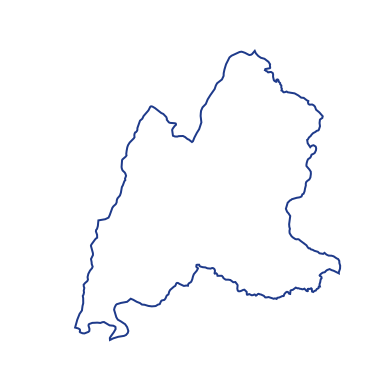 Bac Yen, Son La, Vietnam (Mercator projection), rotated 77°
{"feature_id": "81297802B44532488811780", "entity_name": "Bac Yen", "entity_type": "district", "adm_level": 2, "iso_a3": "VNM", "parent_name": "Vietnam", "parent_adm1": "Son La", "projection": "mercator", "projection_center": [104.438, 21.222], "detail": "fine", "context": "isolated", "style": "outline", "palette": "blue", "viewbox_px": 384, "rotation_deg": 77, "n_neighbors": 0, "source": "geoboundaries", "source_scale": "gbopen_adm2", "svg_char_len": 5952}
<svg xmlns="http://www.w3.org/2000/svg" viewBox="0 0 384 384"><g transform="rotate(77 192 192)"><path d="M304.3,67.2L303.2,67.0L300.0,65.0L297.1,64.2L294.4,64.4L292.3,64.0L290.2,64.7L289.3,65.9L286.5,68.5L285.4,70.5L284.7,73.2L283.2,75.1L281.1,76.6L281.8,78.1L280.4,81.6L278.6,82.8L276.8,86.0L275.5,87.4L274.6,89.1L273.3,89.9L273.2,90.8L272.3,91.5L269.6,92.5L263.7,97.5L262.5,98.3L261.8,99.3L261.6,100.9L261.1,101.9L258.9,104.0L257.4,105.0L254.2,106.1L252.9,106.0L251.3,105.6L250.0,104.9L247.8,105.0L245.2,104.6L237.5,101.7L234.7,102.7L232.6,103.8L229.5,104.3L224.0,101.2L222.2,98.3L222.1,97.5L221.5,96.3L221.2,91.3L221.4,88.3L221.0,86.3L219.1,85.0L218.8,83.7L216.7,82.2L214.1,81.1L211.2,79.6L209.6,79.3L208.1,78.6L207.1,77.1L206.2,74.9L204.5,73.4L201.1,72.1L198.9,71.7L196.4,72.6L192.6,74.6L191.5,74.5L189.5,73.7L187.5,72.6L186.2,71.6L185.1,69.0L184.2,68.2L182.5,67.1L182.1,65.0L181.5,63.6L179.2,61.8L177.4,61.2L176.0,61.2L175.4,61.4L173.8,63.0L173.8,64.4L174.2,65.7L174.9,66.7L170.6,68.3L167.2,68.1L166.9,67.3L165.2,65.8L164.1,63.7L163.2,62.8L161.9,60.8L161.2,58.1L160.5,56.9L160.4,55.1L159.9,54.4L156.7,52.5L153.5,52.2L150.4,51.1L150.0,50.6L149.2,48.4L147.6,47.6L143.1,50.0L139.7,52.6L136.4,53.0L134.8,54.0L133.8,55.2L133.3,57.9L132.5,58.7L131.1,58.9L129.5,58.2L128.6,59.4L125.4,62.0L124.6,64.4L121.9,66.6L119.0,69.8L116.3,76.4L115.4,77.2L115.6,79.1L115.5,80.2L114.8,80.8L113.9,81.1L113.2,82.0L111.8,81.2L110.4,81.5L108.3,81.0L106.9,81.8L105.7,81.6L104.4,82.5L102.3,82.7L101.6,83.2L101.6,84.4L101.9,84.6L103.3,84.7L103.6,84.9L103.5,85.4L102.4,86.6L101.4,87.1L98.0,87.1L95.6,86.5L94.2,86.6L92.9,87.9L92.6,89.1L92.7,90.3L92.4,91.1L91.6,91.3L91.0,92.4L90.0,93.0L89.7,93.5L88.7,92.9L88.9,88.3L88.6,87.9L85.5,87.5L85.1,87.2L82.4,88.2L78.5,91.4L76.7,94.7L74.3,96.9L71.2,98.6L68.6,99.1L71.1,102.4L71.5,103.4L71.5,105.1L71.1,105.8L68.3,109.1L67.0,111.1L66.4,112.3L66.3,114.2L68.1,122.8L69.3,125.2L75.2,130.1L80.1,132.9L83.4,134.4L86.0,135.1L89.1,137.5L91.7,143.1L93.6,144.8L96.8,146.8L101.8,152.4L105.3,155.9L109.3,158.7L111.9,162.7L114.9,164.9L117.2,165.7L119.9,166.5L126.3,167.2L132.4,170.9L135.5,174.0L139.5,177.4L142.8,179.7L143.3,180.8L140.0,183.5L139.5,184.4L136.9,186.4L135.4,188.2L134.6,192.3L134.7,193.9L134.1,196.1L132.9,197.9L127.1,197.4L125.9,196.5L123.9,194.2L123.1,192.7L122.6,192.4L121.7,192.4L121.2,193.1L119.7,197.8L118.9,198.9L115.9,200.3L114.9,200.0L113.2,200.2L109.5,202.4L108.1,204.2L101.9,209.2L99.9,211.3L99.3,212.6L99.6,213.5L102.7,216.1L107.1,222.1L109.4,223.9L110.8,226.6L117.4,230.8L119.3,231.3L120.2,232.0L121.1,233.2L121.2,234.0L122.2,234.8L123.6,235.4L125.7,235.7L126.6,236.6L129.8,241.6L132.0,243.8L133.9,245.0L137.1,246.4L140.1,247.5L141.7,247.6L142.7,248.8L144.6,252.4L145.3,253.0L151.8,255.0L153.4,255.1L155.4,254.8L157.8,253.2L159.0,252.8L161.4,252.6L164.0,254.3L165.4,254.3L166.3,255.5L170.0,257.9L171.4,259.2L176.8,261.5L179.2,263.0L181.5,266.1L183.1,267.1L185.2,267.8L186.7,269.0L188.2,271.7L189.4,273.1L196.2,277.5L198.2,279.1L199.0,282.7L198.6,289.6L204.0,291.4L206.5,292.8L207.5,294.0L208.8,294.5L212.4,294.1L215.2,294.7L215.8,296.2L216.6,297.3L220.6,301.9L221.7,302.6L229.3,302.3L231.2,302.7L234.6,305.5L237.8,305.6L239.6,305.9L242.4,305.6L243.8,306.6L245.6,309.0L248.4,311.4L251.4,312.9L254.0,313.1L255.3,314.1L256.6,316.6L257.9,318.4L259.7,318.7L261.2,318.5L263.9,319.7L265.5,319.8L267.6,320.8L268.7,321.8L270.9,321.9L275.9,323.0L278.4,324.3L282.7,325.9L285.4,328.9L290.6,332.5L297.8,336.4L299.3,333.6L300.3,332.5L300.9,332.2L301.8,332.3L303.0,332.8L303.5,332.6L305.0,330.5L305.6,328.6L305.0,324.4L304.3,323.3L302.3,322.7L298.9,322.9L297.8,322.4L297.5,321.8L297.1,318.6L298.0,313.6L299.0,310.7L298.7,308.6L298.9,307.0L303.4,302.3L304.6,298.7L306.1,297.0L306.8,297.0L308.4,297.3L311.1,299.8L314.6,303.8L315.8,304.9L317.7,305.2L316.9,301.7L316.5,296.4L316.9,290.6L316.5,288.5L314.9,286.3L313.1,285.3L309.1,285.6L305.8,286.9L302.1,290.4L299.7,293.0L297.1,293.9L289.2,294.4L287.2,293.4L285.0,291.6L284.4,290.5L284.3,288.8L284.1,286.2L284.4,279.9L282.2,275.7L283.8,273.5L286.6,270.5L288.5,267.7L290.4,266.1L291.2,263.6L293.2,260.1L294.4,256.9L294.9,253.5L294.9,252.9L294.1,250.6L294.0,248.7L291.4,246.7L290.9,245.8L290.9,243.2L289.9,241.9L287.2,239.9L286.5,238.0L283.9,236.6L282.5,235.3L280.2,231.0L279.7,229.4L277.6,227.9L277.2,227.1L277.4,226.2L278.7,224.9L281.6,221.2L281.8,220.1L281.8,218.7L282.4,217.0L281.1,216.5L280.3,215.6L279.6,213.5L279.1,212.8L277.0,211.3L274.6,210.1L272.5,208.7L269.8,205.1L267.9,203.4L267.3,203.5L266.4,204.4L265.6,204.6L264.1,204.0L264.0,203.4L264.5,201.4L265.9,201.2L266.6,200.4L267.7,198.4L268.5,195.9L269.8,194.2L270.8,191.2L270.6,189.4L271.1,188.3L272.0,187.6L273.3,187.3L274.2,187.4L276.2,188.3L276.6,188.2L276.7,186.6L277.8,186.0L279.4,186.0L280.2,182.3L280.5,181.7L282.0,180.9L283.0,180.7L284.5,179.4L285.0,178.8L285.6,176.3L286.4,174.4L289.2,172.1L289.5,170.0L292.6,168.6L293.4,168.6L296.3,169.6L298.2,169.6L299.1,169.1L299.5,167.7L299.4,166.3L298.9,164.1L299.0,162.9L301.6,161.2L304.0,161.6L304.5,161.4L304.6,160.7L304.3,159.3L306.0,157.1L306.2,155.9L305.9,154.2L306.2,153.7L307.3,153.1L307.3,152.6L306.3,150.9L306.2,150.0L307.1,148.7L307.3,148.0L309.3,145.4L311.2,144.3L311.5,142.9L311.6,141.0L314.4,136.4L314.3,135.1L315.2,133.6L314.3,132.7L314.4,130.6L313.7,127.3L314.0,126.3L313.9,126.0L312.4,125.1L311.0,123.3L310.6,121.9L311.1,121.0L313.0,120.2L313.4,119.3L310.3,118.2L310.0,117.6L310.0,115.8L308.5,112.4L309.6,110.8L309.8,109.7L310.5,108.8L311.0,107.4L311.6,106.5L311.7,105.5L311.5,104.2L314.1,102.7L314.6,101.9L314.5,101.4L312.8,101.2L312.5,100.9L312.5,100.3L313.0,99.0L312.6,97.6L313.2,97.1L316.0,97.4L316.7,96.4L315.9,94.9L315.9,93.6L314.6,92.2L314.2,90.4L312.8,89.8L312.9,88.6L311.5,88.7L310.4,88.4L308.8,87.4L306.6,86.5L305.8,86.0L305.3,85.2L304.4,85.0L303.6,85.1L302.6,86.2L302.0,86.4L301.7,86.2L300.8,84.8L300.3,83.6L300.0,82.7L300.0,80.6L299.0,79.2L298.4,77.8L298.1,75.2L299.5,73.6L300.6,71.7L304.3,67.2Z" fill="none" stroke="#1e3a8a" stroke-width="2"/></g></svg>